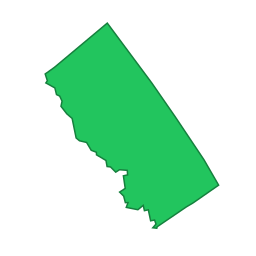 Grimes, Texas, United States of America (Natural Earth projection), rotated 330°
{"feature_id": "52423323B77575058684255", "entity_name": "Grimes", "entity_type": "district", "adm_level": 2, "iso_a3": "USA", "parent_name": "United States of America", "parent_adm1": "Texas", "projection": "natural_earth1", "projection_center": [-96.09, 30.545], "detail": "fine", "context": "isolated", "style": "filled", "palette": "green", "viewbox_px": 256, "rotation_deg": 330, "n_neighbors": 0, "source": "geoboundaries", "source_scale": "gbopen_adm2", "svg_char_len": 727}
<svg xmlns="http://www.w3.org/2000/svg" viewBox="0 0 256 256"><g transform="rotate(330 128 128)"><path d="M83.3,39.8L81.8,46.7L79.4,47.9L84.7,56.7L82.8,63.3L84.8,66.2L84.3,71.8L80.8,75.7L82.1,85.2L84.4,91.8L78.1,110.7L79.6,114.8L84.9,119.8L85.0,128.9L88.5,133.2L87.3,135.5L92.7,145.1L90.6,150.9L93.4,153.0L95.3,160.1L99.8,159.9L106.2,164.3L104.2,168.4L100.1,167.1L95.4,178.9L88.7,179.3L90.2,184.8L88.4,191.3L90.7,192.6L86.8,195.9L95.7,203.7L102.5,202.6L100.9,207.8L104.7,209.0L101.2,219.7L105.0,221.0L104.2,225.2L99.6,226.8L102.8,229.2L103.9,228.1L139.1,225.5L147.0,225.4L177.9,222.8L177.9,201.0L177.9,193.5L174.5,142.1L171.1,100.9L162.5,26.8L94.5,38.7L83.3,39.8Z" fill="#22c55e" stroke="#15803d" stroke-width="1.5"/></g></svg>